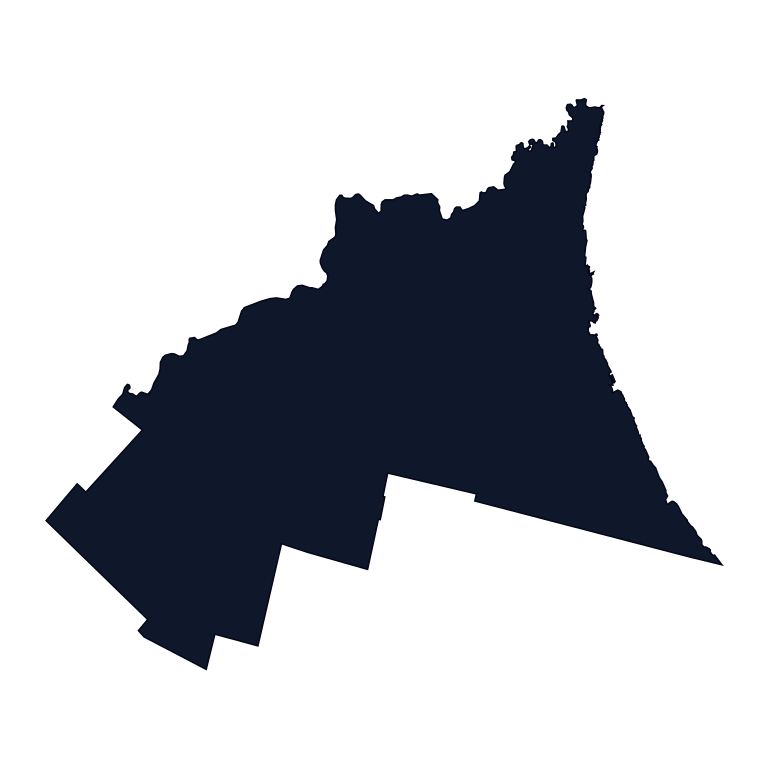 the district of Castelli, Buenos Aires, Argentina
{"feature_id": "61730980B13025573352502", "entity_name": "Castelli", "entity_type": "district", "adm_level": 2, "iso_a3": "ARG", "parent_name": "Argentina", "parent_adm1": "Buenos Aires", "projection": "equal_earth", "projection_center": [-57.446, -36.02], "detail": "fine", "context": "isolated", "style": "filled", "palette": "ink", "viewbox_px": 768, "rotation_deg": 0, "n_neighbors": 0, "source": "geoboundaries", "source_scale": "gbopen_adm2", "svg_char_len": 6126}
<svg xmlns="http://www.w3.org/2000/svg" viewBox="0 0 768 768"><path d="M505.1,175.1L504.5,177.0L504.0,183.2L504.4,185.6L505.8,187.8L505.2,189.3L498.0,190.2L493.7,186.8L488.9,187.7L487.4,189.2L486.7,191.4L485.8,192.5L483.7,193.0L481.3,192.0L480.1,192.8L479.4,200.8L474.7,205.6L468.7,208.5L463.1,210.4L461.7,209.8L460.0,207.1L456.3,207.1L454.6,208.6L453.7,211.8L451.6,214.4L450.8,217.8L447.2,220.1L442.2,219.0L439.4,210.7L439.7,206.9L437.5,202.6L437.8,199.7L431.4,193.7L419.6,195.1L417.1,193.9L411.7,196.1L407.5,195.1L404.0,195.2L401.5,197.0L396.8,197.8L393.3,199.8L385.1,199.8L382.2,201.9L381.3,204.5L381.1,211.2L378.5,213.3L374.5,208.7L373.6,205.6L365.5,200.9L359.5,194.5L357.9,194.0L355.6,194.6L352.6,197.6L350.3,198.5L344.6,198.1L343.0,197.2L341.8,195.3L339.8,195.3L336.5,199.8L335.4,205.0L335.5,210.7L336.7,219.6L335.4,227.5L335.9,234.0L335.5,236.0L334.7,237.3L328.8,241.5L327.5,245.4L323.6,249.9L320.2,260.5L320.5,263.4L322.4,268.2L324.3,271.0L326.7,272.9L327.8,276.0L327.2,280.8L325.0,283.6L323.2,284.4L322.4,286.3L318.4,289.4L311.8,287.7L310.0,287.9L302.3,285.3L297.5,285.9L293.7,289.2L292.1,291.8L290.1,297.6L289.2,298.4L285.9,299.4L276.3,297.9L269.7,298.7L260.5,301.4L244.4,307.6L241.6,311.1L238.1,322.2L235.7,325.1L220.9,329.5L216.3,333.0L198.7,340.0L196.8,339.7L194.6,337.5L189.8,338.3L189.1,339.6L189.4,342.3L188.3,344.7L187.1,350.8L183.5,355.8L179.3,356.3L174.3,353.9L171.5,353.6L165.4,355.2L162.9,357.2L160.4,362.3L160.1,369.1L158.9,374.3L154.0,383.0L151.6,389.9L148.1,394.0L147.0,394.1L141.5,392.1L139.8,393.0L136.9,396.1L134.9,395.6L132.9,394.0L129.0,393.3L127.8,391.8L127.7,389.9L129.9,388.2L129.9,386.5L128.9,384.8L127.3,384.4L124.6,387.7L122.8,394.1L118.0,399.3L113.2,406.9L142.4,430.0L85.8,492.1L77.2,483.8L46.1,520.6L147.7,619.5L138.4,630.6L144.2,637.0L206.2,669.4L214.9,634.2L257.9,645.9L281.5,543.7L307.5,552.3L367.6,569.4L378.4,519.3L380.3,519.6L384.8,496.9L383.0,496.3L387.7,473.1L476.4,493.9L474.8,501.0L691.3,557.4L721.9,564.8L714.5,555.0L712.9,555.4L711.7,554.2L710.0,551.3L710.4,550.1L709.4,548.8L705.6,546.9L704.1,547.2L701.8,544.7L701.8,541.3L701.2,539.4L697.0,535.2L695.7,531.4L692.5,527.0L690.6,525.7L688.2,522.4L687.5,522.5L687.2,520.1L681.9,513.9L678.3,506.4L676.4,503.7L673.5,501.5L672.0,501.3L669.1,503.1L668.9,504.0L667.5,504.1L666.8,503.4L665.5,499.5L667.6,496.0L665.8,492.4L665.9,490.5L662.3,482.1L659.2,477.5L655.6,467.8L653.4,465.6L650.6,461.2L649.2,461.0L648.2,460.0L648.7,457.1L645.3,449.3L644.3,448.9L643.7,446.3L644.2,447.0L644.1,446.2L642.9,444.6L641.2,440.2L641.3,438.9L639.9,436.1L640.1,435.2L639.2,435.3L638.5,434.2L638.0,431.3L636.4,427.8L636.5,425.6L635.7,425.1L634.2,421.7L633.7,419.0L634.3,418.1L632.3,416.6L630.2,410.3L626.9,405.7L627.2,404.9L626.6,404.7L626.2,402.6L624.6,401.5L624.3,398.4L623.3,397.2L622.8,395.2L621.0,393.8L621.6,393.3L620.9,391.8L617.7,390.1L612.6,392.9L612.1,392.3L612.6,390.8L612.2,389.0L611.4,387.0L609.4,384.9L612.9,385.2L612.6,383.3L613.0,382.7L611.5,380.0L611.7,379.2L613.6,381.6L613.9,380.8L614.6,381.3L614.6,382.1L615.1,381.5L612.3,374.8L610.9,375.7L611.4,376.6L611.2,378.1L610.0,376.9L610.4,376.2L608.7,375.4L609.4,374.7L609.5,372.8L611.0,372.2L611.0,371.3L607.5,365.3L607.5,363.7L605.5,359.5L604.3,358.3L603.7,355.6L602.9,355.2L602.6,349.9L602.3,349.3L600.8,349.2L600.6,347.6L599.6,346.7L598.9,344.6L597.4,343.3L597.9,339.9L596.1,336.5L597.2,335.1L596.9,334.4L596.2,334.0L593.8,335.6L593.2,334.8L590.2,334.9L588.1,331.0L588.4,327.2L589.8,326.8L590.3,325.8L588.9,320.9L592.2,320.9L594.0,322.7L595.3,322.9L595.4,321.6L596.8,320.6L598.2,317.8L597.6,317.4L598.1,316.6L597.3,315.9L598.6,315.2L597.6,313.9L596.4,313.6L594.1,316.1L594.2,315.1L592.5,313.8L593.9,311.5L593.8,310.1L595.7,308.3L593.7,306.4L593.6,302.8L591.3,294.0L591.1,291.1L589.0,288.9L589.2,288.1L590.2,287.9L590.9,286.8L591.8,282.1L591.8,279.0L591.5,277.8L590.8,277.4L590.9,276.5L592.0,274.5L593.4,274.0L593.0,273.2L593.7,272.0L589.8,273.8L589.2,275.8L589.4,270.5L587.7,270.4L587.4,269.5L588.9,269.1L588.5,268.3L589.3,267.8L589.4,266.7L588.6,266.7L587.3,265.1L585.8,266.3L584.7,265.9L585.3,264.2L585.9,257.2L584.7,256.6L584.8,254.6L585.6,246.8L587.0,240.4L586.2,239.3L585.7,230.9L584.9,230.2L583.1,230.8L582.8,229.0L583.5,227.4L583.3,225.8L582.1,224.6L582.9,220.9L582.6,216.2L584.9,207.8L584.0,206.3L585.7,205.2L585.5,203.0L586.3,199.2L586.0,194.6L586.5,193.0L588.1,191.5L588.5,188.7L589.7,187.7L589.7,185.1L590.4,183.1L591.2,176.1L591.1,174.3L590.0,172.0L592.2,168.3L591.9,166.1L592.9,164.5L593.0,161.1L593.8,160.4L593.8,157.1L593.4,156.8L594.9,155.0L596.7,154.2L597.5,151.3L596.9,147.8L596.3,147.0L596.8,146.6L596.0,146.2L596.0,144.2L597.4,140.8L598.8,140.0L598.3,138.0L599.1,137.3L599.1,135.1L600.0,134.2L599.9,133.2L600.5,132.3L600.0,131.7L600.4,129.2L599.9,128.8L600.5,127.3L599.7,126.1L600.8,125.9L601.7,124.7L601.0,124.1L602.5,120.5L602.0,119.0L602.6,118.8L602.9,117.3L602.3,117.2L602.2,116.5L603.3,115.0L603.7,113.1L603.7,111.9L603.0,111.5L603.2,111.1L602.2,110.3L602.6,109.4L601.6,108.5L601.7,106.6L603.1,105.6L601.8,105.5L599.5,107.9L594.9,107.0L590.1,107.8L588.1,107.3L585.9,105.7L585.6,104.0L586.3,99.8L584.5,98.6L580.9,100.0L576.5,99.9L576.3,100.9L577.3,104.8L577.0,105.9L574.9,107.4L573.0,107.1L572.1,105.3L570.5,104.2L567.5,104.6L566.3,107.3L566.7,110.0L568.5,111.9L569.3,114.8L572.8,117.9L572.9,119.7L571.7,121.0L567.9,120.9L568.0,124.4L567.2,126.7L568.4,128.8L568.5,131.1L565.9,131.8L565.1,130.7L564.0,126.6L563.1,126.0L561.9,126.3L561.0,132.2L558.3,134.6L556.2,137.9L552.8,138.4L552.7,140.2L555.6,142.2L556.2,145.3L555.4,147.1L554.3,147.5L553.1,146.8L553.3,144.2L552.8,142.9L551.4,143.5L550.9,147.1L549.2,147.4L546.9,145.0L543.1,145.1L542.3,141.1L540.5,139.7L538.9,139.8L536.7,142.9L535.4,142.6L533.8,139.8L532.5,139.2L529.9,140.1L528.7,141.7L529.8,144.4L532.4,144.0L533.1,144.9L531.2,150.8L529.1,151.3L528.1,150.4L528.1,149.6L530.4,147.2L530.3,146.4L529.4,145.9L527.8,147.6L524.5,149.1L523.1,146.9L522.9,143.5L521.6,142.7L520.6,143.0L519.5,144.6L517.2,145.2L516.1,146.2L516.5,150.7L515.6,151.6L513.7,152.1L513.4,155.0L511.6,157.2L512.1,159.8L515.4,161.0L515.4,162.4L513.5,164.2L509.9,171.7L505.1,175.1Z" fill="#0f172a" stroke="#020617" stroke-width="1.5"/></svg>